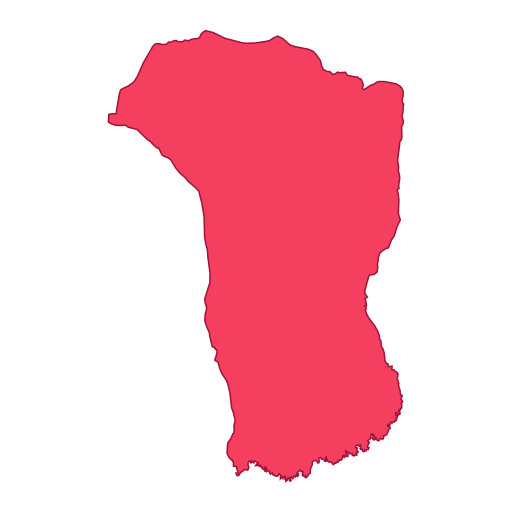 the district of Kham Thale So, Nakhon Ratchasima, Thailand
{"feature_id": "78962969B48242512834839", "entity_name": "Kham Thale So", "entity_type": "district", "adm_level": 2, "iso_a3": "THA", "parent_name": "Thailand", "parent_adm1": "Nakhon Ratchasima", "projection": "equal_earth", "projection_center": [101.939, 15.02], "detail": "fine", "context": "isolated", "style": "filled", "palette": "rose", "viewbox_px": 512, "rotation_deg": 0, "n_neighbors": 0, "source": "geoboundaries", "source_scale": "gbopen_adm2", "svg_char_len": 6053}
<svg xmlns="http://www.w3.org/2000/svg" viewBox="0 0 512 512"><path d="M108.3,122.0L112.0,124.2L113.1,124.2L115.4,125.3L122.2,125.5L125.1,124.9L128.4,127.3L136.8,129.3L147.8,139.9L151.5,142.3L152.1,143.5L155.7,146.9L157.3,148.2L158.7,148.0L162.0,154.9L163.9,156.3L167.5,157.5L170.8,159.7L175.5,167.7L180.1,173.3L184.9,177.4L188.3,181.5L194.6,186.8L198.8,191.1L201.9,203.3L204.1,216.7L204.6,236.7L205.7,243.7L207.3,249.3L208.0,258.2L210.0,273.1L209.8,282.8L204.8,298.8L205.2,303.2L206.7,307.7L205.8,312.6L205.2,313.9L204.8,320.7L206.8,327.0L209.4,332.9L209.7,336.0L212.3,346.8L215.0,347.6L215.1,348.8L216.5,350.0L217.2,351.4L216.0,356.6L215.0,358.8L215.0,360.5L218.0,362.0L219.6,368.3L221.6,373.1L226.5,380.6L227.9,384.4L229.9,392.6L231.6,407.9L233.2,412.1L235.2,420.1L233.9,426.0L234.2,429.1L233.9,432.8L232.9,433.7L230.7,438.8L228.1,442.3L227.6,444.7L227.0,453.2L228.8,457.1L231.0,459.7L232.5,460.0L232.4,461.0L233.5,462.5L233.4,466.3L235.2,466.3L236.7,467.0L236.6,468.4L237.0,468.9L237.1,470.0L238.4,472.2L237.8,473.1L236.0,473.0L236.3,474.2L237.3,475.8L239.1,475.1L239.4,474.0L240.1,473.5L240.6,472.3L242.3,471.6L244.6,469.5L247.7,470.1L248.9,467.6L247.8,463.7L248.8,461.4L250.8,461.0L250.5,462.5L251.0,463.0L252.1,462.2L252.5,461.2L253.9,462.9L254.2,461.1L254.5,460.9L258.2,462.8L258.0,463.5L257.0,463.7L255.7,465.6L256.8,465.4L257.4,465.7L258.2,465.2L259.1,466.0L260.1,464.9L260.4,466.8L262.3,466.7L262.5,467.2L262.0,468.4L264.0,469.8L264.9,468.5L265.0,467.0L265.3,466.8L266.9,469.2L265.6,469.5L265.0,471.3L266.3,471.8L267.5,471.0L269.3,471.1L269.6,471.6L269.5,472.6L270.3,474.2L272.4,473.0L273.0,474.9L276.0,476.2L277.3,475.7L277.8,476.1L279.3,473.8L280.6,474.9L280.4,478.8L281.5,477.6L282.7,478.6L282.6,476.8L284.2,477.4L284.5,476.3L285.0,476.2L284.9,478.9L285.9,478.7L286.2,479.2L285.6,480.2L285.8,481.3L287.4,480.1L288.3,477.8L289.7,479.5L289.5,480.9L290.4,481.1L291.1,480.5L290.7,479.5L290.7,478.0L290.4,477.7L290.7,477.2L292.2,477.4L292.7,478.6L293.2,478.2L293.9,476.1L295.4,476.9L295.8,475.5L297.4,476.5L298.3,475.5L298.6,474.0L296.9,474.4L296.9,473.1L299.9,470.3L300.6,470.4L301.0,471.5L302.8,471.3L303.0,472.5L302.3,473.5L303.0,474.3L302.3,475.1L302.4,475.6L304.3,476.4L305.4,475.7L305.2,477.3L306.1,477.8L307.9,476.0L308.2,474.8L310.2,473.3L310.4,470.0L310.9,467.7L312.2,464.8L312.3,462.1L314.1,460.7L316.2,460.5L317.9,463.0L318.7,463.0L319.4,461.2L318.8,459.2L319.2,457.9L320.9,457.6L321.3,459.0L323.6,459.6L325.0,461.3L325.6,461.5L326.2,461.0L325.5,458.7L325.8,457.4L326.2,457.0L327.5,460.9L329.1,462.2L331.1,461.8L333.0,464.5L333.6,464.6L334.5,463.0L335.8,463.4L336.4,462.3L337.9,462.4L338.4,460.2L339.3,460.7L340.1,460.0L341.3,460.1L342.8,457.3L342.6,456.3L343.1,455.5L343.7,455.6L344.4,457.4L344.8,457.3L345.4,455.2L346.8,456.5L347.8,456.5L348.0,454.5L345.7,452.7L345.7,450.8L347.3,452.2L348.4,451.9L349.4,453.7L352.0,453.6L352.3,455.3L353.6,455.9L354.3,455.8L354.6,454.8L356.7,455.3L356.9,454.4L356.4,452.5L358.0,452.4L358.2,451.9L356.8,450.0L357.2,447.9L355.6,447.5L355.6,446.4L356.4,445.4L358.2,445.0L358.6,446.0L359.2,446.2L360.2,444.8L360.7,444.9L360.7,447.3L360.1,448.3L361.0,449.6L361.8,448.9L362.3,449.3L363.1,451.7L364.3,451.4L364.9,450.0L366.0,450.9L366.4,449.6L368.2,449.6L369.0,447.6L367.5,447.3L367.4,446.8L368.2,444.5L369.5,442.5L368.0,441.5L367.9,440.6L370.5,438.7L371.0,434.3L372.0,433.9L372.5,435.2L373.5,434.7L373.9,435.2L372.2,437.9L372.5,438.8L374.2,440.0L375.1,439.5L374.8,437.2L375.8,437.5L377.2,440.3L378.0,440.8L379.1,440.5L380.3,438.4L382.1,439.2L383.2,438.8L383.7,437.4L383.5,436.0L385.9,435.2L386.9,434.2L388.9,429.5L390.3,428.2L390.0,427.5L388.8,426.4L387.5,426.3L387.5,424.9L388.3,424.4L389.4,425.6L389.9,425.6L390.0,423.3L390.6,422.2L391.0,422.1L391.9,423.3L392.9,422.1L394.5,421.9L394.9,420.7L395.8,421.0L396.7,419.4L396.1,418.0L397.3,417.6L397.5,416.1L395.7,415.3L395.7,412.8L397.4,413.3L397.4,414.9L397.7,415.4L399.8,414.2L400.2,413.0L398.6,411.6L398.8,410.4L399.1,409.7L399.9,410.5L400.5,409.1L401.8,407.8L401.6,405.9L401.8,404.6L401.2,402.9L402.6,402.1L402.3,400.9L400.7,398.8L401.9,397.0L402.1,395.4L400.7,395.1L399.9,389.7L398.8,386.6L398.5,383.7L398.8,383.6L397.3,378.4L398.1,373.8L396.3,371.7L394.5,371.0L394.0,369.8L391.8,369.7L392.1,366.2L388.4,366.6L387.8,363.6L386.6,363.7L385.0,360.8L384.3,353.5L383.1,349.3L381.2,346.1L381.0,340.9L379.7,339.3L379.2,335.3L377.8,331.4L374.5,325.5L368.2,317.2L367.5,315.0L366.5,314.8L366.5,313.2L365.3,310.5L366.3,308.6L366.0,307.4L364.8,305.8L366.5,305.6L365.7,300.6L364.9,298.7L367.4,297.2L364.6,292.8L365.0,292.2L364.6,291.0L365.0,290.7L366.9,282.6L369.3,275.1L374.3,274.3L377.1,272.0L377.9,266.8L377.3,264.7L378.2,260.1L378.3,257.7L379.8,253.1L383.3,250.1L384.5,249.7L385.3,248.6L387.8,248.2L388.6,247.4L391.3,240.2L394.3,235.8L396.8,227.3L400.3,219.9L398.4,213.7L398.9,199.7L398.2,193.7L397.1,190.1L399.0,188.5L398.7,185.2L399.7,178.9L399.6,176.0L398.3,170.6L398.7,167.5L397.6,160.2L399.7,144.1L399.6,142.7L400.3,140.8L401.3,139.9L401.9,137.2L401.6,126.4L402.8,124.4L403.5,121.3L402.1,117.0L402.1,115.8L403.0,111.6L403.2,105.9L403.7,104.0L402.5,102.7L402.1,101.2L402.6,97.5L403.2,96.1L403.1,91.3L402.0,88.4L400.2,86.3L396.1,83.8L384.7,81.6L379.4,81.5L376.8,82.1L373.9,84.2L370.8,85.2L364.6,89.3L363.2,89.4L362.4,88.1L363.2,85.5L363.1,83.9L361.1,79.2L359.3,78.6L357.3,76.9L356.1,77.1L347.3,75.3L345.5,72.3L339.2,72.7L337.6,72.1L335.5,73.8L332.8,74.3L332.2,74.1L330.5,72.1L329.2,71.5L327.2,71.6L324.9,70.2L322.9,69.6L322.8,67.8L321.9,66.9L320.4,60.5L316.4,54.9L313.2,51.3L308.6,49.3L295.4,46.7L289.9,44.9L283.0,38.7L277.8,36.1L273.5,37.9L269.9,40.4L267.1,41.2L255.1,43.0L247.4,43.3L242.4,42.9L225.0,38.3L213.1,32.5L205.8,30.7L203.7,31.7L202.1,33.0L201.0,34.3L199.7,37.3L197.9,38.4L191.7,39.2L188.7,40.7L184.6,40.1L183.2,41.4L181.1,41.9L177.5,41.5L176.6,40.5L175.6,40.5L173.5,40.9L171.2,42.2L168.7,42.1L166.3,44.2L163.1,44.6L157.8,43.5L154.9,44.1L152.7,46.6L143.2,63.1L137.6,76.0L134.0,81.8L128.4,85.9L121.4,89.2L120.4,90.3L119.0,95.7L116.0,114.0L113.4,113.6L108.7,114.4L108.8,117.3L108.3,122.0Z" fill="#f43f5e" stroke="#9f1239" stroke-width="1.5"/></svg>